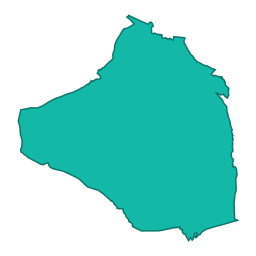 Flesberg nor, Buskerud, Norway
{"feature_id": "86288312B11516416194364", "entity_name": "Flesberg nor", "entity_type": "district", "adm_level": 2, "iso_a3": "NOR", "parent_name": "Norway", "parent_adm1": "Buskerud", "projection": "orthographic", "projection_center": [9.551, 59.857], "detail": "fine", "context": "isolated", "style": "filled", "palette": "teal", "viewbox_px": 256, "rotation_deg": 0, "n_neighbors": 0, "source": "geoboundaries", "source_scale": "gbopen_adm2", "svg_char_len": 5714}
<svg xmlns="http://www.w3.org/2000/svg" viewBox="0 0 256 256"><path d="M206.8,229.1L214.9,226.6L218.9,225.6L228.3,223.0L228.4,222.8L237.7,220.3L237.3,220.0L235.1,219.2L234.7,218.7L234.5,217.9L234.5,214.2L234.4,212.8L234.2,211.9L234.3,208.6L234.1,203.4L234.5,199.2L234.9,195.9L234.9,194.2L236.1,190.7L236.1,190.2L236.1,187.5L235.8,180.8L235.9,178.2L236.1,177.1L236.4,177.0L236.6,176.1L236.5,175.8L236.9,175.1L237.1,174.6L237.0,174.0L236.7,173.4L236.6,170.4L236.4,169.7L236.4,169.2L235.9,167.6L234.8,166.8L233.6,167.0L233.5,166.5L232.8,166.6L232.6,166.5L232.6,166.3L232.6,165.7L233.0,165.0L233.0,164.7L232.7,164.1L232.5,163.0L232.5,162.4L232.8,161.7L233.2,161.2L233.5,159.9L233.4,159.5L232.4,158.5L231.6,157.4L231.3,153.8L231.4,153.0L231.7,152.4L232.1,151.7L232.7,151.6L232.9,151.1L232.4,146.8L232.5,146.3L232.5,144.5L232.7,144.3L232.7,143.7L232.5,142.3L232.5,141.0L233.0,139.9L233.1,139.1L233.1,138.7L232.5,138.3L232.4,137.9L232.5,137.7L232.4,137.3L233.0,135.6L232.4,134.8L232.2,133.6L231.9,133.2L231.7,130.6L232.3,130.0L231.9,129.3L231.0,126.8L230.3,123.8L230.1,122.2L227.9,115.3L227.8,114.2L226.9,111.2L226.8,107.6L226.6,106.5L224.1,103.7L223.3,102.3L222.5,100.0L220.7,98.0L218.8,96.3L216.2,93.1L217.8,93.1L218.7,94.1L219.4,94.5L220.0,94.5L220.4,95.0L223.6,94.3L223.8,94.9L224.2,95.3L224.9,96.3L225.9,96.7L226.1,97.0L226.1,97.3L226.4,97.4L227.4,98.2L227.5,98.1L227.6,97.2L227.9,96.5L228.7,95.3L228.3,91.1L228.6,90.5L228.5,89.6L228.8,88.9L228.5,87.9L227.8,87.6L227.5,87.1L225.5,85.3L225.2,84.4L225.4,83.8L225.3,83.2L225.0,82.8L225.1,82.5L224.6,81.8L224.7,81.5L224.3,81.3L224.3,80.9L224.2,80.5L224.2,80.1L223.4,79.7L222.9,78.8L222.5,78.6L222.1,77.1L221.6,76.9L221.2,77.1L220.9,76.9L220.6,77.3L220.7,77.8L220.2,77.5L219.9,76.8L219.6,76.6L218.5,76.7L217.8,76.3L215.3,75.6L214.5,75.5L214.0,75.9L211.3,74.7L211.6,73.9L212.4,72.9L213.0,71.9L214.7,70.4L215.3,69.7L213.6,69.0L212.2,68.7L207.6,66.1L203.3,65.0L201.4,63.8L199.9,63.0L199.7,62.8L198.2,62.3L196.6,61.1L195.5,59.9L194.9,59.8L194.1,58.8L194.0,57.9L192.1,55.4L191.3,55.1L190.8,54.2L189.8,53.7L189.7,52.2L188.8,51.3L188.1,50.2L187.5,48.8L187.1,48.3L183.8,41.9L184.9,37.8L173.8,36.7L173.6,38.5L173.1,39.5L173.2,40.0L172.0,39.5L171.6,39.6L171.1,39.1L171.0,38.8L170.3,38.5L169.4,38.6L169.3,38.8L168.7,39.1L168.7,39.3L168.0,39.0L167.4,39.0L167.1,38.5L166.5,38.3L166.4,38.4L165.6,37.7L164.7,37.9L163.0,38.6L162.6,38.3L161.9,37.1L161.9,36.7L161.5,36.4L161.5,36.0L162.1,35.4L162.1,35.1L161.2,35.0L160.8,34.6L159.8,34.4L159.3,34.5L159.2,34.8L157.5,34.3L157.2,34.1L156.8,34.1L155.8,33.8L154.9,33.2L152.4,33.6L151.8,33.2L151.5,32.1L151.6,31.2L151.4,29.0L151.5,27.7L151.9,26.8L153.2,26.3L152.3,23.6L151.4,22.3L150.9,22.1L150.1,22.1L149.0,23.1L148.4,24.3L141.6,21.5L128.7,15.4L128.5,16.0L128.1,16.2L127.7,16.9L127.3,16.8L126.9,17.1L130.0,19.5L131.5,21.0L132.6,22.4L134.3,23.9L132.7,25.1L129.3,26.9L128.6,27.5L127.3,28.2L126.1,28.5L125.0,28.3L123.4,29.4L120.6,33.8L119.7,35.6L118.4,37.3L118.1,38.0L116.0,41.6L115.4,43.1L114.8,45.4L114.4,49.4L114.1,50.7L113.5,51.9L112.8,54.5L112.9,56.0L113.2,58.3L110.8,61.0L109.5,61.6L108.5,62.9L106.7,64.5L105.5,66.1L104.3,67.0L102.0,68.4L100.9,69.6L100.4,69.8L99.7,69.5L99.3,69.9L98.8,69.8L98.4,70.2L98.2,70.7L98.4,71.2L97.3,73.1L97.3,73.3L100.6,76.3L100.5,76.5L100.6,77.1L100.4,77.9L100.2,78.0L100.3,78.7L100.2,78.8L99.6,78.9L99.1,79.4L96.5,79.0L95.7,79.7L95.3,79.6L95.1,80.0L94.6,80.1L94.1,80.6L94.1,80.9L93.4,81.3L92.9,81.0L92.5,81.1L92.5,80.9L91.9,81.0L91.6,81.3L91.0,80.8L90.9,81.1L91.1,81.6L90.8,81.8L90.8,82.2L90.3,82.5L90.2,82.8L89.7,82.8L89.6,83.0L89.4,83.0L89.4,83.5L88.9,83.8L88.6,84.5L87.8,84.2L86.2,85.1L83.9,86.9L81.3,88.0L79.2,89.4L73.0,92.3L66.7,94.2L60.6,96.8L55.6,98.4L47.8,102.5L46.4,103.5L41.7,106.3L37.2,108.0L31.2,107.8L20.8,109.9L18.3,121.0L18.6,122.6L19.6,125.2L20.0,127.9L20.3,132.9L20.5,134.9L22.1,140.1L22.1,142.7L21.7,147.1L20.7,149.0L21.0,152.0L22.9,153.0L24.1,154.5L27.2,156.4L27.7,157.3L41.0,164.3L43.5,164.7L47.5,162.6L48.2,162.8L48.6,164.7L49.7,166.8L52.4,168.5L63.2,171.2L67.5,173.1L75.6,177.0L78.9,178.8L87.7,187.0L98.1,190.2L102.6,193.3L110.6,200.3L110.6,200.5L111.7,200.7L111.8,201.3L112.2,201.3L112.8,201.7L113.8,202.8L113.8,203.3L114.0,203.9L114.4,204.3L114.4,204.5L115.4,204.9L116.1,205.7L116.1,206.0L117.0,207.4L116.9,208.1L117.0,208.3L118.7,208.6L119.0,208.9L121.4,208.7L121.9,208.5L122.8,208.8L123.2,209.4L123.0,210.3L123.3,210.5L123.3,211.4L123.8,212.0L123.9,212.6L124.1,212.9L124.1,213.3L124.8,213.6L125.5,214.4L125.9,215.7L126.2,216.3L126.1,216.8L126.5,217.1L126.7,217.6L128.1,219.0L128.8,219.4L128.7,219.7L128.8,220.2L128.8,220.8L128.9,221.3L129.1,221.3L129.2,221.7L129.6,222.1L131.5,222.9L132.1,223.6L132.2,224.1L132.7,224.5L132.4,225.0L132.3,225.5L132.6,225.8L132.6,226.6L141.4,230.9L159.2,230.8L171.4,228.3L172.3,227.8L172.6,227.9L172.8,227.6L173.5,227.6L174.4,228.0L174.9,227.5L175.3,227.6L176.2,227.4L177.9,227.6L178.1,227.2L178.5,227.0L178.9,227.1L179.7,227.0L179.8,227.9L180.1,229.0L180.6,228.8L180.9,229.0L181.1,229.0L181.4,229.7L181.7,229.8L181.9,230.2L182.2,229.7L182.5,229.7L182.6,231.1L182.5,231.5L182.5,232.6L183.0,233.0L183.3,233.6L183.6,233.5L184.0,233.9L184.2,233.7L184.7,234.0L184.9,233.8L185.3,233.8L185.5,234.7L186.0,235.9L188.6,240.6L189.3,239.9L189.7,239.0L190.2,238.6L190.2,238.2L190.5,237.8L190.5,237.5L190.7,237.4L192.2,240.1L193.1,239.1L193.2,238.1L193.5,237.5L193.7,236.0L194.2,235.1L194.3,233.8L195.1,233.3L195.4,233.4L196.6,232.6L197.0,233.2L197.1,233.5L196.1,235.1L195.8,235.6L195.8,236.1L195.1,236.7L195.1,237.0L195.3,237.5L196.2,237.6L196.6,237.4L196.7,237.0L197.2,236.4L197.2,236.1L197.4,235.8L198.4,235.5L198.5,235.3L199.1,234.8L200.1,234.5L200.2,234.0L200.8,233.4L201.2,232.5L205.1,229.9L206.8,229.1Z" fill="#14b8a6" stroke="#0f766e" stroke-width="1.5"/></svg>